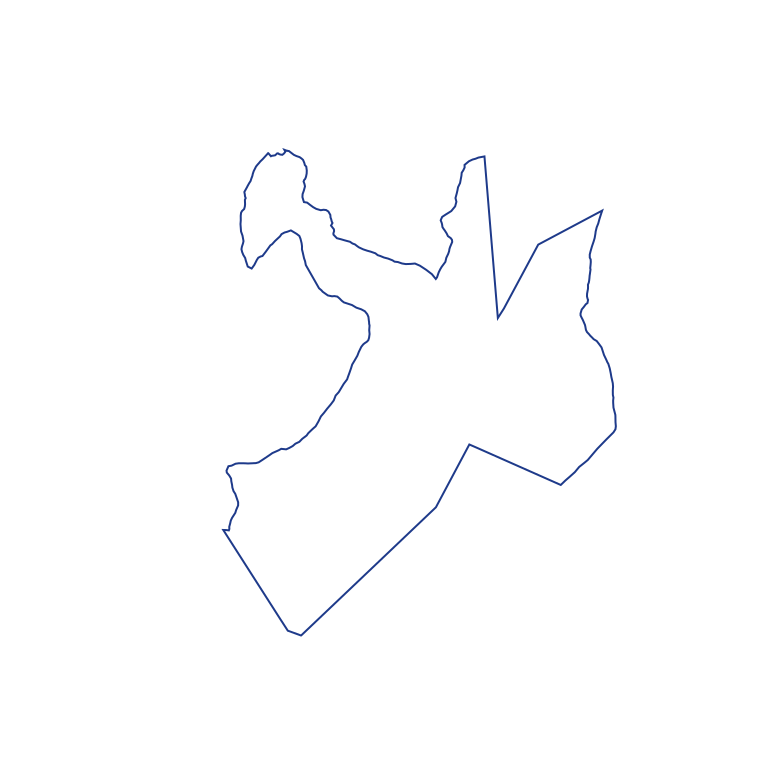 the district of San Miguel Piedras, Oaxaca, Mexico, rotated 31°
{"feature_id": "50627088B74444100420384", "entity_name": "San Miguel Piedras", "entity_type": "district", "adm_level": 2, "iso_a3": "MEX", "parent_name": "Mexico", "parent_adm1": "Oaxaca", "projection": "robinson", "projection_center": [-97.237, 16.979], "detail": "fine", "context": "isolated", "style": "outline", "palette": "blue", "viewbox_px": 768, "rotation_deg": 31, "n_neighbors": 0, "source": "geoboundaries", "source_scale": "gbopen_adm2", "svg_char_len": 4977}
<svg xmlns="http://www.w3.org/2000/svg" viewBox="0 0 768 768"><g transform="rotate(31 384 384)"><path d="M442.4,642.3L442.5,642.2L466.4,555.7L492.0,462.9L488.3,391.9L496.7,390.8L587.5,379.5L589.2,373.2L591.0,367.7L593.0,361.2L594.0,354.6L596.4,348.2L597.8,344.2L600.2,329.6L603.2,316.8L605.6,307.3L605.7,303.6L604.5,300.8L602.1,297.5L599.0,292.5L598.2,291.3L592.9,286.1L590.2,282.2L588.9,280.1L587.7,277.5L585.8,275.5L583.4,271.6L581.7,268.3L579.7,265.5L577.7,263.4L575.2,260.8L572.8,258.0L569.4,254.3L565.8,251.1L564.4,250.4L561.7,248.5L557.6,245.8L555.2,243.7L551.6,240.6L547.8,239.0L544.2,237.6L540.6,237.6L538.9,237.1L535.6,236.3L534.4,235.8L533.3,235.5L531.2,234.9L529.2,233.6L527.2,231.3L525.9,229.9L524.1,228.6L521.6,226.8L519.0,225.2L517.1,223.9L516.1,222.2L515.1,218.3L515.6,215.0L515.9,211.8L516.7,209.8L515.9,207.7L515.6,206.8L514.7,206.2L512.9,204.4L511.6,202.1L510.5,199.2L509.8,197.3L508.6,195.2L507.7,193.9L507.3,191.6L506.6,189.7L505.5,187.3L504.5,185.3L503.8,183.6L502.9,181.5L502.0,179.4L501.1,178.5L499.8,175.7L498.4,172.9L497.0,170.8L495.3,169.7L493.7,167.1L492.7,163.9L491.4,159.0L490.3,153.9L489.4,150.4L487.8,146.3L486.9,144.3L485.6,140.1L485.0,136.2L483.7,131.6L482.3,125.7L481.7,123.0L444.4,185.1L447.9,257.5L447.6,268.8L352.9,137.2L348.3,141.3L346.5,143.7L344.3,146.0L342.1,149.3L340.2,154.7L341.6,156.9L341.9,160.1L341.8,162.9L343.1,165.6L345.7,172.6L346.1,177.2L347.2,180.1L348.2,183.2L349.5,187.8L352.2,190.5L353.5,195.1L352.6,201.1L351.3,203.7L349.6,207.0L347.8,210.8L348.1,213.3L348.3,214.5L350.5,216.2L351.6,217.3L353.3,219.4L355.1,220.3L357.0,221.1L360.2,222.7L362.6,224.3L366.1,224.6L368.0,225.4L369.3,227.1L369.7,229.9L370.1,232.7L370.6,234.7L371.4,236.6L372.0,239.4L372.4,243.7L373.7,247.7L373.1,253.8L373.1,256.6L373.4,260.1L374.5,265.3L374.3,267.3L368.5,265.2L361.3,264.4L353.8,264.1L348.5,264.8L344.9,267.4L340.9,270.0L337.4,271.4L333.1,272.3L330.0,273.7L327.6,273.6L322.9,274.4L318.8,275.6L314.8,276.2L312.3,276.8L309.3,276.4L304.5,277.4L300.9,278.4L296.8,279.3L292.1,279.8L289.6,279.6L287.2,279.3L284.6,279.8L281.6,279.6L278.5,280.5L276.0,281.2L272.9,282.0L268.5,283.3L263.8,282.0L263.0,280.9L262.5,278.7L261.4,277.2L257.0,275.5L256.9,272.5L255.6,271.7L253.8,269.9L252.4,268.8L250.9,266.7L247.5,264.8L244.8,264.7L242.4,265.8L240.3,267.6L235.7,268.8L232.1,268.9L228.0,268.5L224.7,268.1L221.7,269.3L220.3,268.1L217.8,265.8L216.4,263.1L216.1,261.5L215.7,259.6L214.5,255.3L212.7,253.4L210.8,251.9L210.5,250.1L210.8,248.8L210.4,246.5L209.3,243.4L207.8,240.7L205.4,237.7L203.4,237.1L201.9,235.6L199.2,233.6L197.2,233.2L194.8,233.0L191.6,233.7L188.7,234.0L184.3,233.5L182.5,233.3L180.9,234.0L178.0,234.6L178.7,235.0L179.2,234.7L179.8,234.4L179.8,234.9L179.7,236.8L179.4,238.4L178.8,239.9L177.0,240.7L175.6,241.0L174.7,240.8L173.7,241.3L172.9,244.0L171.9,244.9L170.8,245.8L170.1,246.4L169.8,247.0L166.1,245.8L165.8,245.8L164.2,253.8L163.3,257.1L163.1,258.7L162.6,261.3L162.3,263.5L162.7,268.7L163.3,271.4L164.0,273.5L164.5,276.2L165.1,278.8L165.0,281.2L165.1,284.5L165.2,285.7L165.4,291.3L165.7,291.7L167.0,293.1L168.2,294.7L169.7,295.9L169.9,297.7L170.9,299.3L172.3,301.4L173.3,303.5L174.0,306.0L173.2,308.9L173.3,310.9L174.6,313.7L176.9,317.4L178.6,320.8L181.0,324.2L182.9,326.9L186.3,329.7L190.0,333.9L190.7,336.0L191.5,339.5L192.4,341.9L193.0,342.5L194.5,344.0L196.9,345.8L200.1,347.5L202.1,349.5L206.7,353.5L211.1,353.2L211.5,348.7L211.1,343.1L211.2,340.5L212.6,338.2L213.9,336.9L214.5,331.8L214.9,327.3L215.2,323.7L216.1,321.8L216.9,317.7L217.9,314.2L218.8,311.1L219.0,308.3L220.7,305.4L222.6,303.4L225.1,300.3L228.2,300.3L231.8,300.3L235.2,300.7L237.6,302.5L240.8,305.7L242.8,308.2L244.3,310.8L246.6,313.1L250.7,317.4L253.1,319.4L255.7,322.3L279.0,335.4L282.1,335.9L283.9,336.5L287.6,336.8L290.3,337.0L294.3,335.6L296.2,334.2L299.0,333.1L301.9,333.6L305.0,334.4L307.6,334.7L315.9,332.8L321.0,332.8L326.0,331.7L330.1,331.5L333.7,332.8L336.1,334.5L338.7,337.9L339.2,338.4L339.8,339.4L340.9,340.8L341.3,341.0L341.9,342.1L343.6,345.5L345.9,348.6L347.4,352.1L348.0,354.6L347.5,356.7L346.4,359.0L345.8,360.7L345.4,363.8L345.9,369.5L346.6,373.5L346.7,379.1L346.7,383.7L347.6,387.3L348.6,392.1L349.5,396.8L350.0,399.0L349.4,404.6L349.4,407.6L349.4,414.3L348.5,418.8L349.4,424.0L348.9,428.8L348.0,434.4L347.4,439.6L346.6,444.3L347.1,449.8L347.2,455.5L346.3,458.3L345.6,460.7L344.4,465.2L344.2,468.0L342.2,473.0L341.2,477.2L338.8,480.8L337.7,484.2L335.8,487.5L333.8,490.4L329.3,492.5L327.9,495.0L323.9,500.7L322.5,503.9L320.3,508.6L318.7,512.0L316.9,515.7L314.9,517.8L308.3,522.2L306.0,523.4L303.4,524.9L300.4,526.7L297.8,528.8L296.5,530.8L295.4,532.5L293.0,534.6L293.6,539.3L294.9,540.9L298.4,542.1L301.6,543.8L303.2,546.0L305.7,548.7L307.4,550.9L310.3,553.4L313.0,554.7L315.3,556.6L319.9,560.5L321.5,563.2L322.2,568.3L322.9,571.0L322.8,574.0L322.7,576.9L323.0,579.9L324.0,582.9L324.9,586.1L326.1,587.9L326.4,589.4L324.1,590.4L323.0,591.0L321.4,591.9L416.3,639.0L428.6,645.0L442.4,642.3Z" fill="none" stroke="#1e3a8a" stroke-width="2"/></g></svg>